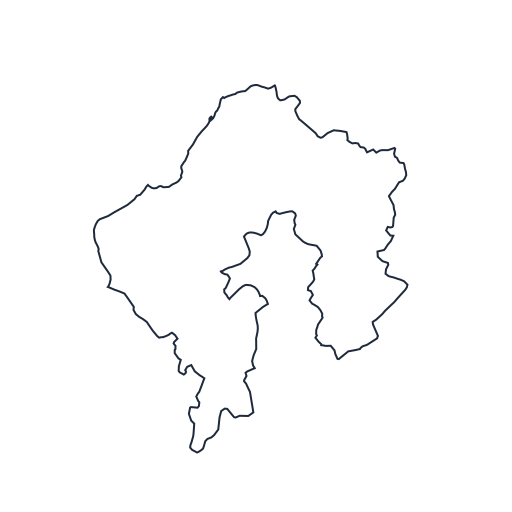 Minuf, Al Minufiyah, Egypt (Robinson projection), rotated 49°
{"feature_id": "37247803B35886288843325", "entity_name": "Minuf", "entity_type": "district", "adm_level": 2, "iso_a3": "EGY", "parent_name": "Egypt", "parent_adm1": "Al Minufiyah", "projection": "robinson", "projection_center": [30.914, 30.46], "detail": "fine", "context": "isolated", "style": "outline", "palette": "slate", "viewbox_px": 512, "rotation_deg": 49, "n_neighbors": 0, "source": "geoboundaries", "source_scale": "gbopen_adm2", "svg_char_len": 6120}
<svg xmlns="http://www.w3.org/2000/svg" viewBox="0 0 512 512"><g transform="rotate(49 256 256)"><path d="M339.9,330.6L338.9,330.3L337.6,330.3L335.5,329.4L333.8,328.4L332.9,328.0L331.3,325.8L329.2,322.6L326.4,316.9L322.2,313.3L318.4,310.1L314.3,304.7L311.8,302.1L309.3,300.2L305.0,297.9L301.2,295.6L298.7,293.8L299.0,284.2L299.5,281.2L300.0,278.5L296.6,277.2L294.1,276.7L292.3,277.0L290.2,277.4L288.9,279.2L288.0,278.7L285.0,277.7L282.0,277.2L278.6,277.5L274.7,279.2L271.1,282.6L270.2,285.6L270.0,290.4L270.8,303.1L271.1,304.4L268.8,304.4L266.6,303.9L262.8,303.8L260.3,301.9L260.3,299.8L257.5,293.6L255.9,290.5L253.7,290.0L251.2,289.9L249.0,291.6L245.9,292.8L244.6,292.6L245.6,290.2L245.6,288.9L246.1,287.1L247.0,284.1L248.4,281.5L250.7,275.5L251.7,272.9L251.9,264.1L251.2,260.6L248.7,257.9L245.7,256.5L235.1,252.9L233.4,252.3L233.0,249.6L233.0,248.3L233.5,246.6L234.4,244.9L236.6,242.7L239.7,240.6L243.6,238.6L244.1,236.4L243.4,232.9L241.8,229.3L239.7,226.2L237.6,224.0L236.4,221.3L234.8,217.4L234.5,214.7L235.2,211.9L237.1,212.2L239.7,210.5L242.5,204.9L244.7,201.0L246.1,199.3L249.5,198.5L251.7,199.5L253.7,203.4L256.6,205.3L258.3,205.8L259.2,207.5L260.4,209.7L265.5,212.1L271.9,211.4L275.8,211.0L278.4,210.2L281.0,209.0L282.8,207.7L285.9,205.2L288.1,203.5L294.1,203.7L297.5,205.1L299.6,206.5L299.5,208.6L301.4,215.7L302.7,215.3L303.1,217.5L303.9,220.1L304.2,222.8L307.6,224.6L308.0,225.0L311.8,227.3L312.6,229.1L313.0,230.9L313.7,237.0L315.8,239.2L316.4,238.9L318.4,237.6L322.7,238.6L323.8,242.5L324.6,244.7L328.9,244.9L331.1,244.0L335.0,242.8L338.9,242.9L343.1,243.9L344.8,245.7L346.2,246.1L348.4,254.1L350.1,256.8L351.3,259.0L354.2,261.7L355.9,262.2L356.7,264.8L361.8,265.0L365.3,264.6L366.1,265.3L367.4,264.1L367.9,263.6L369.2,262.8L372.8,258.5L378.8,258.7L382.2,260.5L387.1,262.0L388.1,261.2L388.4,252.4L388.5,248.9L390.3,245.9L392.1,242.9L394.4,238.6L394.0,237.3L394.1,234.7L395.2,232.2L395.9,230.4L397.2,221.4L397.6,218.7L396.3,216.4L384.4,212.6L382.9,211.6L382.3,211.2L382.9,206.9L382.7,199.0L382.0,194.2L381.7,187.7L381.5,182.0L380.8,177.2L380.1,171.5L379.4,165.3L378.6,162.7L377.0,160.5L372.2,160.8L368.8,162.4L366.1,164.1L363.1,165.8L361.3,167.0L359.5,168.3L358.2,169.1L355.3,169.7L354.4,169.9L351.4,166.7L349.4,161.9L347.8,161.0L342.9,163.9L340.4,164.2L336.5,164.6L333.9,162.6L332.3,161.4L335.5,155.4L335.1,153.2L333.9,149.2L333.2,144.4L332.4,142.7L330.8,139.1L328.6,141.2L325.2,141.1L322.1,141.0L320.5,137.5L322.7,135.8L323.6,134.1L323.2,132.8L317.4,126.9L316.2,123.9L314.1,122.5L313.1,122.0L311.1,121.1L307.8,118.8L301.4,117.3L298.0,116.4L296.8,111.1L296.5,107.2L294.2,99.7L295.6,95.8L295.2,93.2L293.6,89.6L291.1,87.8L288.1,86.4L285.4,84.8L284.3,84.1L282.6,83.7L279.9,86.2L277.4,86.1L274.4,85.2L272.2,86.0L269.3,84.6L266.4,80.6L265.3,80.6L262.7,87.0L259.2,90.9L257.8,93.0L256.9,97.4L252.5,97.7L250.6,104.2L248.5,103.7L246.8,103.2L244.9,103.5L243.8,104.4L242.4,105.7L240.3,105.6L238.2,105.1L236.0,106.8L235.1,108.1L234.2,109.4L231.1,110.6L228.5,111.0L227.3,109.6L223.9,107.4L221.8,106.4L216.5,110.7L214.3,112.8L212.1,114.9L210.2,121.4L210.0,127.9L209.1,129.7L206.1,130.9L202.6,130.4L199.5,130.8L187.3,132.6L182.8,133.3L181.1,133.7L179.9,133.4L176.8,132.7L174.2,131.8L172.5,131.3L170.9,129.9L170.5,127.7L169.4,122.5L167.7,121.1L163.0,121.0L160.4,121.8L157.7,125.6L157.2,126.9L156.6,131.7L155.7,133.5L154.4,135.6L151.4,136.0L148.8,135.0L145.4,132.7L144.6,132.3L143.7,131.8L142.1,130.9L140.8,130.3L139.7,129.8L139.5,130.0L139.1,132.9L138.6,135.0L137.6,137.1L134.4,138.9L132.1,140.5L128.0,142.7L126.6,144.2L125.2,146.5L124.4,148.8L124.5,153.9L124.4,156.0L122.5,158.7L120.7,162.1L120.2,163.4L120.2,165.3L118.8,167.9L117.9,170.3L117.2,171.6L116.7,173.2L116.1,175.0L115.9,176.4L115.2,176.5L114.4,176.7L114.5,177.8L114.7,179.8L115.8,181.3L117.7,183.9L119.1,185.6L119.7,187.5L120.8,189.9L120.8,191.6L121.3,192.9L123.0,195.6L123.9,198.0L124.0,201.3L123.4,201.3L122.9,200.2L122.6,198.3L121.4,198.4L121.4,199.6L121.7,200.9L122.3,201.5L123.4,202.3L124.4,203.8L125.5,207.5L125.9,211.0L126.3,215.1L127.5,222.2L129.2,226.9L130.5,230.5L132.1,238.2L134.3,240.0L135.7,242.8L137.7,247.1L137.8,248.4L139.2,253.4L140.4,254.6L144.1,256.3L146.1,259.9L147.7,260.7L148.6,265.4L148.4,267.7L147.1,272.3L146.7,276.4L144.9,278.8L143.7,280.4L142.5,281.3L141.5,281.4L140.4,282.4L139.8,283.6L139.5,286.4L138.0,288.6L136.5,289.8L132.7,290.9L131.5,290.9L131.7,293.3L132.8,296.4L133.8,303.2L132.4,306.5L133.4,310.4L133.1,319.6L131.3,328.2L130.0,334.4L128.8,341.4L126.8,346.9L125.8,349.7L125.7,352.3L125.8,352.7L127.0,356.1L128.2,358.4L129.7,360.8L130.6,361.8L132.7,363.3L136.0,365.9L138.6,367.3L140.6,368.1L142.0,368.4L145.1,369.2L147.6,370.2L148.7,371.7L159.3,376.8L170.5,378.0L175.3,378.7L178.4,381.2L180.6,384.3L182.1,387.3L182.2,388.1L183.7,387.3L188.8,384.8L193.2,382.3L198.0,379.9L203.5,380.4L214.2,381.6L216.3,383.8L221.0,384.8L225.3,384.1L228.8,382.9L232.2,382.1L234.4,381.7L235.0,381.8L239.1,382.3L244.2,382.9L248.1,383.0L251.5,383.1L254.1,382.7L255.0,381.0L256.3,379.3L257.3,376.7L258.2,373.6L258.3,371.5L258.8,369.7L262.7,369.0L263.7,369.1L266.9,369.5L267.2,374.3L268.0,375.6L271.0,375.7L273.5,378.0L273.5,378.9L276.0,381.1L282.4,381.7L285.0,380.9L288.7,386.7L289.2,387.1L291.4,389.2L292.1,389.8L293.8,389.9L297.4,388.5L298.1,388.3L298.2,386.1L297.4,384.7L295.7,384.3L295.4,383.3L294.5,380.7L295.4,377.8L295.9,376.4L298.0,376.9L301.0,377.5L302.7,377.9L308.8,376.8L311.8,375.9L314.4,375.2L316.2,378.6L318.2,382.2L321.3,388.0L321.7,390.2L322.9,393.3L327.5,394.7L329.3,394.8L330.9,396.6L331.8,397.5L332.1,399.7L329.0,402.6L327.3,404.3L327.2,405.2L331.0,410.1L332.1,410.6L337.7,412.9L342.0,412.6L348.7,419.3L350.8,421.6L354.5,427.3L354.9,428.2L356.1,430.0L357.4,431.4L360.4,431.4L365.6,429.4L366.0,428.5L366.5,425.5L366.6,424.6L366.6,423.6L366.6,422.4L365.4,420.2L362.5,415.8L362.2,412.7L363.6,408.8L363.7,405.3L362.2,398.3L353.9,389.4L350.2,384.0L350.4,382.0L350.7,379.7L352.5,378.0L363.2,378.3L364.5,377.4L365.9,373.1L368.4,370.4L371.7,366.7L372.3,360.6L354.6,349.7L350.2,348.5L345.7,347.2L342.7,347.2L341.9,346.3L340.3,341.9L337.3,340.5L337.4,338.3L339.3,332.2L339.9,330.6Z" fill="none" stroke="#1e293b" stroke-width="2"/></g></svg>